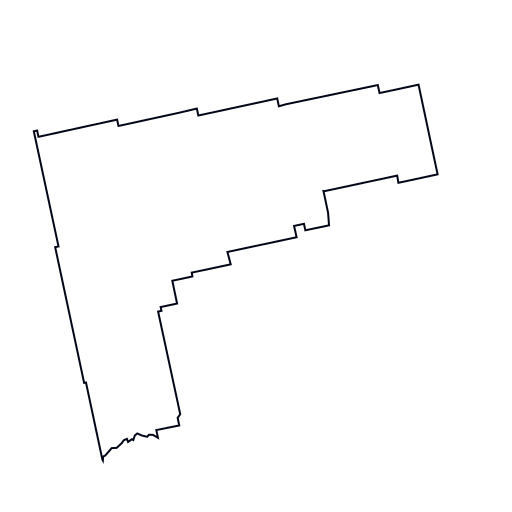 outline of Rosebud, Montana, United States of America, rotated 258°
{"feature_id": "52423323B43348892660501", "entity_name": "Rosebud", "entity_type": "district", "adm_level": 2, "iso_a3": "USA", "parent_name": "United States of America", "parent_adm1": "Montana", "projection": "robinson", "projection_center": [-107.061, 46.02], "detail": "fine", "context": "isolated", "style": "outline", "palette": "ink", "viewbox_px": 512, "rotation_deg": 258, "n_neighbors": 0, "source": "geoboundaries", "source_scale": "gbopen_adm2", "svg_char_len": 956}
<svg xmlns="http://www.w3.org/2000/svg" viewBox="0 0 512 512"><g transform="rotate(258 256 256)"><path d="M405.7,309.5L405.6,289.2L405.4,228.8L412.5,228.8L412.1,208.6L411.8,148.5L418.3,148.5L418.1,115.8L417.8,68.0L424.2,68.0L424.2,64.6L306.4,64.8L306.4,61.4L167.6,61.5L167.6,63.4L88.8,63.4L87.8,63.7L91.6,64.8L92.2,67.1L98.1,74.9L97.3,79.8L100.7,85.5L103.3,88.4L104.0,91.7L100.7,92.2L102.6,96.5L101.5,97.7L105.7,100.2L107.1,103.0L104.1,107.1L101.8,112.0L103.4,114.1L102.5,117.9L98.6,122.3L106.5,122.3L106.2,145.7L109.1,145.7L114.0,145.7L117.0,149.0L222.0,148.7L222.0,152.1L225.9,152.1L225.9,168.9L249.2,169.0L249.2,189.5L253.1,189.7L253.1,229.5L265.9,228.9L265.9,288.5L265.9,290.7L265.9,299.6L277.5,299.5L277.5,309.6L270.9,309.6L270.8,333.8L283.3,335.5L305.5,335.5L305.2,336.3L305.3,410.8L298.0,410.5L298.1,450.6L367.4,450.6L389.8,450.6L389.7,410.7L397.9,410.7L398.2,316.9L397.7,309.5L405.7,309.5Z" fill="none" stroke="#020617" stroke-width="2"/></g></svg>